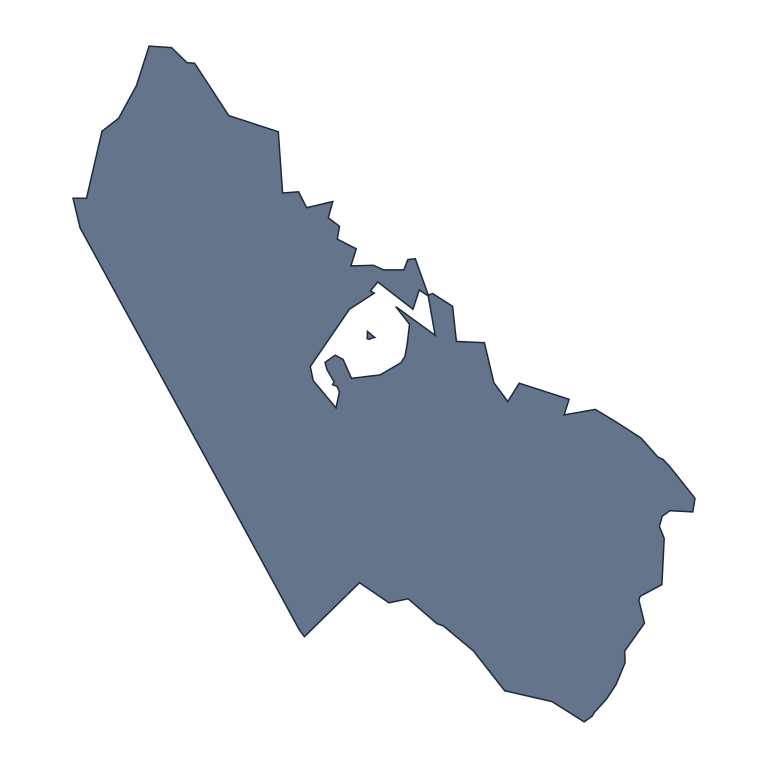 outline of Prince William, Virginia, United States of America
{"feature_id": "52423323B11755625114877", "entity_name": "Prince William", "entity_type": "district", "adm_level": 2, "iso_a3": "USA", "parent_name": "United States of America", "parent_adm1": "Virginia", "projection": "robinson", "projection_center": [-77.449, 38.722], "detail": "fine", "context": "isolated", "style": "filled", "palette": "slate", "viewbox_px": 768, "rotation_deg": 0, "n_neighbors": 0, "source": "geoboundaries", "source_scale": "gbopen_adm2", "svg_char_len": 1434}
<svg xmlns="http://www.w3.org/2000/svg" viewBox="0 0 768 768"><path d="M304.4,636.7L359.5,582.7L389.0,602.8L408.2,598.8L436.9,623.7L443.2,625.8L473.5,651.0L504.7,690.8L552.0,701.6L584.2,721.9L592.2,716.1L594.3,712.5L606.5,699.1L616.0,684.6L619.2,677.0L625.1,662.6L624.7,651.1L644.5,623.2L638.9,600.3L640.0,596.4L661.9,584.6L664.2,538.5L659.4,526.4L662.2,516.3L669.9,510.7L692.8,511.9L695.0,498.3L669.8,466.6L663.4,459.7L657.6,456.8L641.1,438.1L617.3,422.7L595.3,409.4L564.1,414.9L569.1,399.3L519.2,383.2L507.8,401.5L493.9,382.8L484.4,342.7L456.4,341.4L452.6,306.3L432.6,293.5L428.3,295.2L415.3,258.7L407.8,259.6L403.8,269.9L383.7,269.9L373.4,265.3L350.9,265.9L356.3,248.9L337.3,239.1L339.5,226.4L328.3,217.8L332.8,201.5L306.6,207.7L298.6,191.8L282.6,193.0L278.3,131.8L228.8,115.6L194.6,63.3L186.9,62.6L171.5,47.6L149.1,46.1L136.4,85.7L118.6,118.3L102.0,131.2L86.5,198.3L73.0,198.2L80.1,227.9L117.9,297.0L118.0,297.3L130.6,320.2L186.7,423.1L243.9,527.9L299.1,629.5L304.4,636.7ZM395.7,306.6L409.5,324.2L407.4,342.5L405.0,356.2L400.9,362.8L380.0,374.9L351.5,378.3L343.0,359.3L335.1,355.2L325.0,362.4L327.0,369.7L334.2,382.0L332.5,384.7L337.0,386.4L339.4,391.8L336.0,407.9L313.2,380.6L310.3,366.5L349.5,309.2L374.3,293.1L370.5,290.9L377.8,282.0L413.0,309.3L419.3,290.0L428.2,295.9L435.1,335.3L395.7,306.6ZM367.2,338.7L369.1,339.4L372.3,337.9L374.8,337.5L367.5,331.4L367.2,338.7Z" fill="#64748b" stroke="#1e293b" stroke-width="1.5"/></svg>